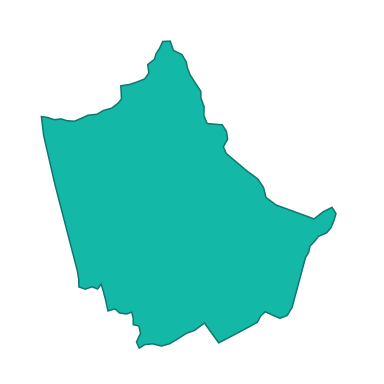 the district of Guarabira, Paraíba, Brazil, rotated 173°
{"feature_id": "56859067B2351193324902", "entity_name": "Guarabira", "entity_type": "district", "adm_level": 2, "iso_a3": "BRA", "parent_name": "Brazil", "parent_adm1": "Paraíba", "projection": "robinson", "projection_center": [-35.452, -6.887], "detail": "fine", "context": "isolated", "style": "filled", "palette": "teal", "viewbox_px": 384, "rotation_deg": 173, "n_neighbors": 0, "source": "geoboundaries", "source_scale": "gbopen_adm2", "svg_char_len": 1341}
<svg xmlns="http://www.w3.org/2000/svg" viewBox="0 0 384 384"><g transform="rotate(173 192 192)"><path d="M195.2,344.4L202.7,345.0L206.7,338.5L210.8,333.7L213.1,328.3L220.4,323.9L220.4,315.3L225.0,310.1L232.7,308.0L241.0,306.3L249.7,306.1L250.2,299.4L250.7,292.9L254.6,289.1L261.6,285.0L270.1,283.7L276.9,280.7L285.8,280.9L293.4,278.5L300.0,276.6L307.5,278.0L312.9,280.5L319.6,280.5L326.4,283.6L332.3,285.2L332.3,265.6L327.1,216.1L315.4,127.7L315.1,119.2L315.8,111.5L309.7,108.6L302.7,110.1L297.5,107.2L293.4,111.7L292.3,105.4L291.0,96.0L289.9,84.2L282.6,85.4L278.8,80.8L272.1,78.9L266.5,80.1L265.7,73.8L266.5,67.5L261.1,65.5L260.3,58.1L265.4,49.9L263.4,43.5L257.3,46.3L249.7,46.1L241.0,42.8L232.7,44.1L224.1,47.9L214.8,52.4L206.3,54.3L200.8,57.5L195.6,60.4L183.9,39.0L155.8,49.6L143.0,54.7L138.9,60.7L133.9,64.2L127.1,60.0L120.1,55.9L112.7,57.8L106.8,65.1L87.2,113.3L83.6,117.8L81.5,123.9L76.5,128.0L71.8,132.5L63.3,135.1L58.5,139.5L54.6,146.3L51.7,153.0L54.9,159.7L64.1,156.5L74.1,150.4L110.2,168.9L119.2,177.5L120.4,187.6L124.9,196.6L129.0,200.7L134.1,205.3L153.2,225.9L155.4,233.0L150.2,240.0L150.4,247.9L153.8,255.0L161.7,256.6L168.7,258.2L170.9,266.5L169.6,275.4L171.7,284.0L171.0,290.9L175.8,300.6L179.6,308.6L181.4,315.5L181.9,322.0L185.2,329.6L193.2,334.8L195.2,344.4Z" fill="#14b8a6" stroke="#0f766e" stroke-width="1.5"/></g></svg>